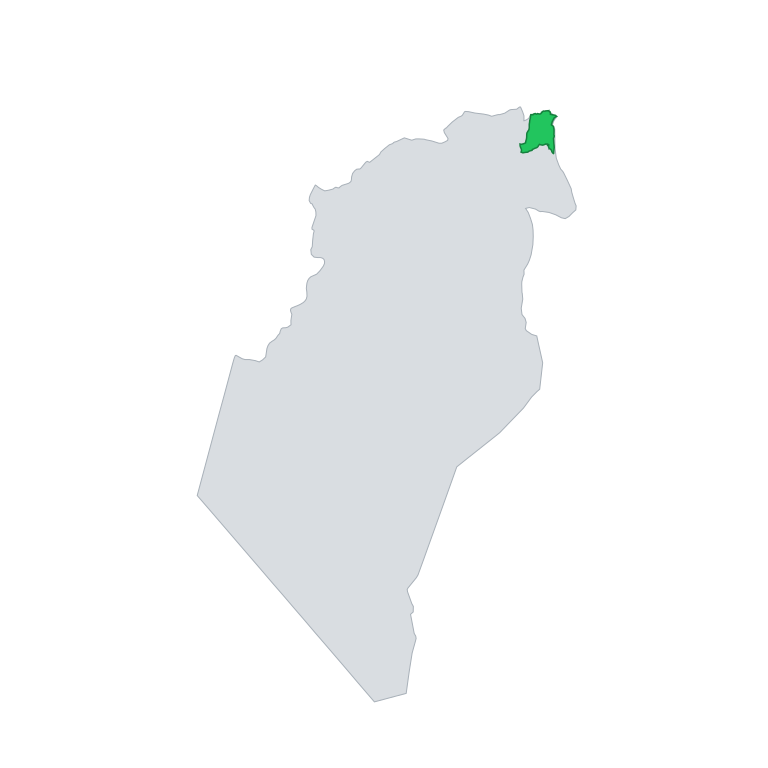 Monts de Lam, Logone Oriental, Chad shown in context, rotated 196°
{"feature_id": "50815135B14191552615898", "entity_name": "Monts de Lam", "entity_type": "district", "adm_level": 2, "iso_a3": "TCD", "parent_name": "Chad", "parent_adm1": "Logone Oriental", "projection": "equal_earth", "projection_center": [15.78, 8.051], "detail": "fine", "context": "in_parent", "style": "filled", "palette": "green", "viewbox_px": 768, "rotation_deg": 196, "n_neighbors": 0, "source": "geoboundaries", "source_scale": "gbopen_adm2", "svg_char_len": 7006}
<svg xmlns="http://www.w3.org/2000/svg" viewBox="0 0 768 768"><g transform="rotate(196 384 384)"><path d="M532.8,225.3L533.1,242.3L533.4,259.4L533.7,276.5L534.0,293.5L534.3,310.7L534.5,327.8L534.8,345.0L535.1,362.1L535.1,367.8L534.8,370.1L534.7,370.4L534.1,370.8L527.3,369.2L524.3,369.2L520.1,370.4L514.0,371.0L510.0,370.8L507.3,373.8L505.2,377.4L506.3,385.9L506.1,388.8L505.3,391.7L503.4,394.2L501.6,396.2L500.5,398.0L499.2,401.9L498.2,403.7L498.3,406.1L498.0,408.7L496.9,410.0L494.0,411.0L492.2,412.1L490.7,414.0L489.7,415.3L490.3,417.1L491.0,419.5L491.5,423.4L491.8,425.6L493.2,427.4L494.1,428.8L494.4,430.4L493.6,431.7L490.1,434.5L488.7,435.5L487.1,436.9L486.5,437.4L484.0,440.1L482.7,442.4L482.1,444.4L482.2,447.1L483.5,451.1L485.0,454.5L485.5,457.1L485.9,459.9L485.8,462.6L485.1,464.9L483.8,467.0L479.0,471.0L476.7,475.4L474.8,480.6L474.4,483.5L474.9,485.4L475.9,487.1L477.4,487.9L479.5,488.1L482.9,487.2L486.2,486.7L489.6,488.6L491.4,493.0L490.8,496.2L492.1,502.1L493.3,509.2L493.3,511.6L493.8,512.5L495.9,513.0L496.4,514.6L495.8,527.1L496.9,530.6L498.3,533.1L500.0,534.4L501.6,536.0L502.5,537.2L504.4,537.5L506.5,539.7L507.1,542.8L507.0,545.7L505.8,552.0L504.9,556.3L503.6,556.0L501.1,554.9L498.0,554.0L494.2,553.3L490.7,555.0L486.8,557.3L485.6,558.9L484.5,559.9L482.8,559.8L481.3,560.1L480.4,561.7L479.0,563.4L473.4,567.1L472.3,568.4L471.6,569.7L471.6,571.2L472.2,574.1L472.2,577.8L471.0,580.8L469.5,582.9L467.9,583.6L466.5,584.0L465.6,585.3L462.7,592.1L461.5,593.4L458.9,593.1L451.6,603.3L450.9,606.3L448.2,610.6L444.8,615.4L441.8,617.6L441.5,618.5L440.7,619.4L438.8,620.5L432.3,626.2L424.5,626.0L421.1,628.3L417.7,629.3L412.8,630.4L411.3,630.3L405.0,630.8L397.6,630.6L394.8,631.4L392.1,633.6L390.2,635.5L389.9,636.2L390.2,637.0L390.1,637.6L395.3,642.3L396.6,644.6L395.3,646.9L394.7,647.2L394.6,647.4L393.8,649.1L390.7,654.5L386.1,660.8L383.8,662.6L382.8,663.8L381.6,667.9L380.8,668.5L377.7,669.1L371.4,669.5L362.7,670.9L357.5,671.3L354.3,671.0L349.7,673.8L348.1,674.6L347.1,674.8L342.6,677.6L338.8,682.0L337.5,682.8L332.2,684.7L330.1,687.6L329.1,687.9L325.8,683.9L323.4,680.4L322.3,676.7L322.2,675.6L321.5,675.8L319.7,677.4L318.1,679.2L317.3,682.7L311.9,685.1L307.2,687.1L305.1,689.6L301.8,690.9L297.6,690.3L294.4,689.3L291.2,689.0L292.7,685.8L293.3,683.5L293.5,680.6L293.2,678.6L291.3,677.6L290.1,676.1L287.4,667.0L284.6,657.7L280.6,648.5L276.3,642.6L273.2,639.1L272.2,638.6L270.6,637.5L269.5,636.5L263.8,630.2L257.9,623.3L256.4,620.1L253.4,615.3L250.2,610.4L248.4,608.2L247.6,604.2L249.9,600.6L252.4,596.0L255.4,592.9L259.3,592.7L265.7,594.0L272.6,594.4L279.4,593.5L281.2,592.8L282.9,592.9L286.6,593.9L293.0,593.7L296.3,591.8L292.7,588.7L288.9,583.7L285.3,578.2L283.2,573.2L281.2,566.9L279.3,559.0L278.2,548.7L278.4,542.9L279.0,538.8L280.9,532.1L279.6,528.1L279.9,525.0L279.7,520.2L279.1,517.8L276.6,510.0L276.1,509.2L274.0,503.8L273.0,494.7L270.5,488.8L266.5,485.9L264.3,482.4L263.5,476.2L261.9,474.5L255.7,472.4L250.4,472.3L246.7,465.4L241.8,456.4L237.3,448.1L234.5,431.4L232.9,421.9L234.8,419.0L238.5,412.2L243.3,399.3L254.0,379.2L259.4,369.0L270.3,353.7L283.7,335.0L291.2,324.4L292.4,305.2L293.7,284.9L294.7,269.6L295.9,251.5L296.9,236.4L297.6,225.4L298.7,209.8L299.5,206.8L304.7,194.6L305.1,193.0L304.2,190.9L296.8,180.6L294.5,178.3L293.1,172.9L295.0,169.9L286.2,152.5L284.0,150.4L283.0,148.3L282.9,145.2L282.8,133.2L280.5,114.5L277.4,92.7L287.8,86.5L295.6,81.8L305.6,75.8L314.9,81.9L328.4,90.8L341.9,99.8L355.4,108.7L368.9,117.6L382.5,126.5L396.0,135.5L409.6,144.4L423.2,153.4L436.9,162.3L450.5,171.3L464.2,180.3L477.9,189.3L491.6,198.3L505.3,207.3L519.0,216.3L532.8,225.3Z" fill="#d9dde1" stroke="#a8b0b8" stroke-width="1"/><path d="M296.1,658.1L295.8,658.4L295.4,658.7L295.0,659.0L294.9,659.2L294.5,659.2L294.4,659.3L294.2,659.3L293.4,659.7L292.6,659.6L292.9,659.0L292.6,658.5L292.0,658.8L291.5,659.0L291.5,658.7L291.4,658.3L291.4,657.9L291.4,657.5L291.0,657.0L290.5,656.5L290.3,656.0L290.2,655.6L289.9,655.7L289.4,655.8L288.4,655.5L287.2,654.5L286.7,653.6L285.9,652.9L285.7,652.8L285.5,652.7L285.0,652.3L284.6,652.2L284.5,652.3L284.6,652.6L284.6,652.9L284.8,653.8L284.9,654.3L285.0,655.0L285.1,655.5L285.4,657.1L285.6,658.2L285.7,658.7L286.0,659.3L286.1,659.7L286.2,659.9L286.3,660.3L286.5,660.7L286.7,661.2L286.8,661.3L287.3,662.7L287.6,663.6L287.7,663.8L288.1,665.0L288.3,665.5L288.5,665.9L288.7,666.5L288.8,666.9L288.8,667.0L288.7,667.7L288.7,668.2L288.6,668.4L288.6,668.7L288.7,668.9L288.7,669.2L288.8,669.6L289.1,670.0L289.4,670.3L289.5,670.7L289.5,670.8L289.6,671.2L290.0,672.8L290.4,674.4L290.6,674.8L290.7,675.3L290.9,675.7L291.0,675.9L291.5,676.9L291.6,677.1L291.8,677.6L291.9,678.0L292.1,678.3L292.3,678.4L292.4,678.5L293.1,678.7L293.3,678.8L294.1,679.0L294.4,679.1L294.6,679.4L294.6,679.6L294.6,679.8L294.5,680.1L294.4,680.1L294.4,680.3L294.6,680.6L294.5,680.9L294.6,681.2L294.5,681.5L294.6,682.3L294.6,682.9L294.5,683.0L294.4,683.3L294.3,683.5L294.2,683.7L294.2,683.8L294.3,684.0L294.3,684.3L294.2,684.7L294.2,685.0L293.8,685.5L293.8,685.8L293.8,686.0L294.0,686.2L293.9,686.3L293.8,686.5L293.7,686.6L293.5,686.9L293.5,687.0L293.2,687.2L293.1,687.4L293.1,687.5L292.9,687.7L292.6,688.1L292.3,688.6L292.0,688.8L292.8,689.2L292.9,689.3L293.1,689.5L293.3,689.5L293.5,689.5L295.3,689.3L295.8,689.2L296.1,689.3L296.4,689.2L297.6,689.2L298.4,689.1L298.5,689.3L298.4,689.4L298.4,689.7L298.5,689.9L298.7,690.3L298.8,690.7L298.9,690.8L299.0,690.8L299.3,691.0L299.3,691.3L299.5,691.5L299.7,691.4L300.0,691.4L300.3,691.5L300.5,691.7L300.7,692.0L300.8,692.2L301.0,692.0L301.3,692.0L301.5,692.0L301.7,691.8L301.8,691.8L302.2,691.7L302.4,691.7L302.9,691.4L303.7,691.2L304.0,691.0L304.1,690.9L304.3,690.7L304.6,690.6L304.9,690.5L305.4,690.5L305.5,690.5L305.8,690.3L306.0,690.3L306.2,690.1L306.3,689.9L306.5,689.8L306.6,689.7L306.8,689.3L306.8,689.1L307.0,689.0L307.1,688.7L307.3,688.7L307.5,688.6L307.5,688.2L307.6,687.5L307.7,687.3L307.8,687.1L308.0,686.9L308.2,686.7L308.9,686.4L309.2,686.3L309.4,686.3L309.8,686.3L310.1,686.3L310.3,686.2L310.7,686.1L311.1,686.2L311.3,685.9L311.6,685.5L311.7,685.4L312.0,685.4L312.3,685.4L312.5,685.5L312.8,685.6L313.1,685.7L313.5,685.5L313.8,685.3L313.9,685.1L314.4,684.9L314.7,684.7L314.8,684.5L314.9,684.1L315.0,684.1L315.1,683.9L315.3,684.0L316.0,683.7L316.3,683.6L316.6,683.4L316.8,683.5L317.1,683.4L317.1,683.0L317.1,682.7L317.0,682.0L316.9,681.6L316.7,680.6L316.6,679.1L316.5,677.3L316.2,675.8L316.0,673.9L315.5,672.1L315.0,670.4L314.8,668.4L315.4,666.4L315.8,664.6L315.5,662.9L315.2,661.8L314.8,660.1L314.6,658.6L314.6,656.4L314.4,654.7L315.3,654.1L316.0,653.4L316.8,653.0L317.7,652.4L318.6,652.2L319.4,652.2L319.0,650.9L318.4,649.7L317.7,648.8L316.7,647.6L316.1,646.1L316.2,644.7L315.3,644.6L314.2,644.5L312.2,645.5L309.7,646.5L309.0,647.4L308.6,647.9L308.5,648.1L308.0,648.3L307.6,648.5L306.1,649.4L306.1,649.7L306.0,650.4L305.2,651.0L304.9,651.3L303.9,652.2L302.3,653.3L301.5,654.5L301.1,656.1L300.6,657.2L299.9,657.2L299.7,657.1L298.4,657.2L297.6,657.3L297.2,657.4L296.1,658.1Z" fill="#22c55e" stroke="#15803d" stroke-width="1.5"/></g></svg>